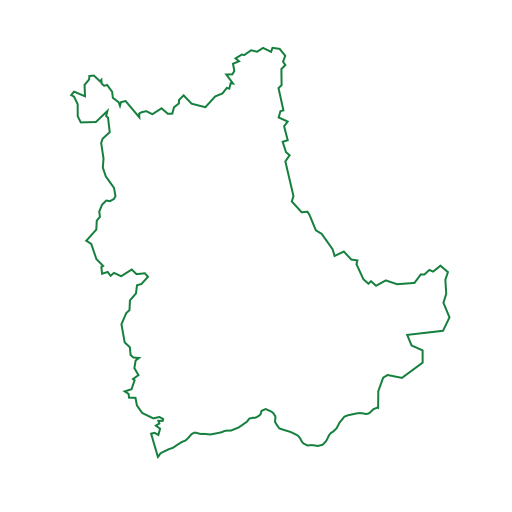 Kavadartsi, Kavadartsi, North Macedonia, rotated 5°
{"feature_id": "65306769B96152204239158", "entity_name": "Kavadartsi", "entity_type": "district", "adm_level": 2, "iso_a3": "MKD", "parent_name": "North Macedonia", "parent_adm1": "Kavadartsi", "projection": "mercator", "projection_center": [22.001, 41.309], "detail": "fine", "context": "isolated", "style": "outline", "palette": "green", "viewbox_px": 512, "rotation_deg": 5, "n_neighbors": 0, "source": "geoboundaries", "source_scale": "gbopen_adm2", "svg_char_len": 3215}
<svg xmlns="http://www.w3.org/2000/svg" viewBox="0 0 512 512"><g transform="rotate(5 256 256)"><path d="M305.7,210.4L303.4,207.4L297.7,208.5L286.9,198.5L288.1,193.1L277.0,159.2L280.7,152.7L276.8,149.9L272.6,139.9L277.5,137.9L272.7,124.3L275.8,119.3L266.5,116.0L267.7,109.7L270.6,108.5L263.8,86.8L266.6,83.5L265.0,67.5L268.6,63.2L266.0,60.1L267.7,54.0L261.5,47.6L254.3,47.2L253.2,51.3L244.9,48.1L239.3,52.4L233.2,51.5L226.8,56.8L224.3,56.6L218.4,60.9L222.1,63.5L216.3,66.5L218.3,73.5L216.6,77.1L210.6,77.8L218.1,86.2L215.7,86.1L214.8,91.6L212.3,91.1L208.4,97.0L201.4,100.6L192.6,112.2L178.6,109.9L169.9,102.3L165.7,107.3L165.9,110.7L161.3,115.1L160.2,121.5L155.8,122.0L149.0,117.1L140.4,123.8L134.1,121.3L129.6,122.7L127.2,124.3L127.7,128.1L112.6,113.0L108.1,114.5L107.4,118.3L105.7,114.7L99.6,110.9L98.4,105.0L92.8,98.6L89.9,99.7L87.1,97.6L86.6,94.0L85.4,95.6L78.8,90.4L74.3,91.2L74.4,94.6L70.3,100.5L71.7,111.8L60.4,108.1L57.9,111.8L60.8,113.1L65.1,120.2L66.2,132.2L69.8,138.2L84.8,136.5L95.3,124.5L94.5,129.6L96.5,131.1L99.5,145.4L93.0,152.5L91.9,156.9L95.6,172.2L95.7,181.4L99.5,189.9L108.6,200.5L110.8,208.6L109.5,211.5L105.8,214.1L102.0,213.8L98.2,218.3L96.0,225.3L97.1,230.6L94.3,234.6L94.6,243.6L85.6,255.6L90.8,258.3L97.3,273.0L104.6,279.2L102.9,280.5L104.2,287.1L109.6,284.8L112.9,288.4L116.0,285.2L123.4,287.9L133.4,280.3L138.6,284.5L146.8,282.9L150.2,286.1L144.3,293.9L140.0,295.5L139.7,303.7L134.3,311.2L134.7,320.9L131.7,324.2L127.9,335.7L132.7,353.5L138.3,357.9L139.7,365.6L142.6,367.8L148.3,367.8L145.2,370.6L144.6,378.3L149.3,384.9L144.2,389.3L145.9,390.4L143.6,399.6L137.0,402.3L141.1,404.5L141.9,408.2L148.3,407.8L150.4,415.2L156.3,422.3L167.8,426.7L173.8,424.8L177.7,426.5L177.4,428.4L173.1,428.7L174.3,431.3L171.0,433.7L175.5,436.4L174.3,442.8L170.4,441.0L167.0,442.1L175.8,464.8L176.1,464.5L177.1,462.5L177.6,461.7L178.4,460.7L179.0,460.2L186.1,456.0L190.2,454.2L193.5,451.4L198.2,447.8L201.8,446.0L204.6,442.9L207.2,439.2L209.8,437.4L211.8,437.3L215.8,438.1L220.5,437.7L226.0,437.8L231.7,436.2L236.8,434.7L237.8,434.2L239.8,433.1L242.1,432.5L246.2,432.1L253.7,428.3L261.3,422.0L263.5,418.6L267.0,417.4L268.8,417.4L270.6,416.5L272.3,415.3L273.7,414.1L274.3,413.2L274.6,411.8L275.0,409.8L279.0,407.6L284.8,409.7L286.3,410.5L287.1,411.3L289.1,413.8L289.4,414.8L289.4,417.1L289.4,419.5L290.7,421.5L294.2,425.7L299.2,426.9L305.9,428.3L312.9,431.0L313.9,431.7L315.6,433.5L318.1,437.2L319.6,438.6L323.9,440.3L327.5,439.6L329.4,439.5L334.1,439.9L338.9,438.2L341.9,434.4L343.0,431.9L344.4,428.2L345.9,425.9L348.3,424.1L351.3,420.6L353.8,414.6L357.2,409.6L358.0,408.4L359.7,407.5L361.9,406.5L367.6,404.8L369.4,404.2L371.5,403.7L373.8,403.4L376.4,403.5L379.7,403.8L382.1,403.0L383.3,401.9L386.4,398.3L390.3,396.4L390.9,396.6L389.6,380.0L393.3,366.1L397.5,363.1L412.0,364.7L431.3,347.7L430.2,335.5L418.8,331.6L413.5,321.4L448.8,314.2L454.1,300.3L446.8,286.3L448.8,277.0L446.7,263.1L448.6,255.3L440.6,249.6L433.8,256.1L429.9,254.8L425.3,259.8L421.8,260.0L416.2,269.0L399.1,271.8L387.4,269.0L378.2,275.2L372.8,271.1L370.4,273.8L365.0,269.8L356.8,255.4L357.4,251.6L351.2,251.2L343.1,243.9L334.3,249.1L331.7,242.6L319.6,228.3L313.4,225.2L305.7,210.4Z" fill="none" stroke="#15803d" stroke-width="2"/></g></svg>